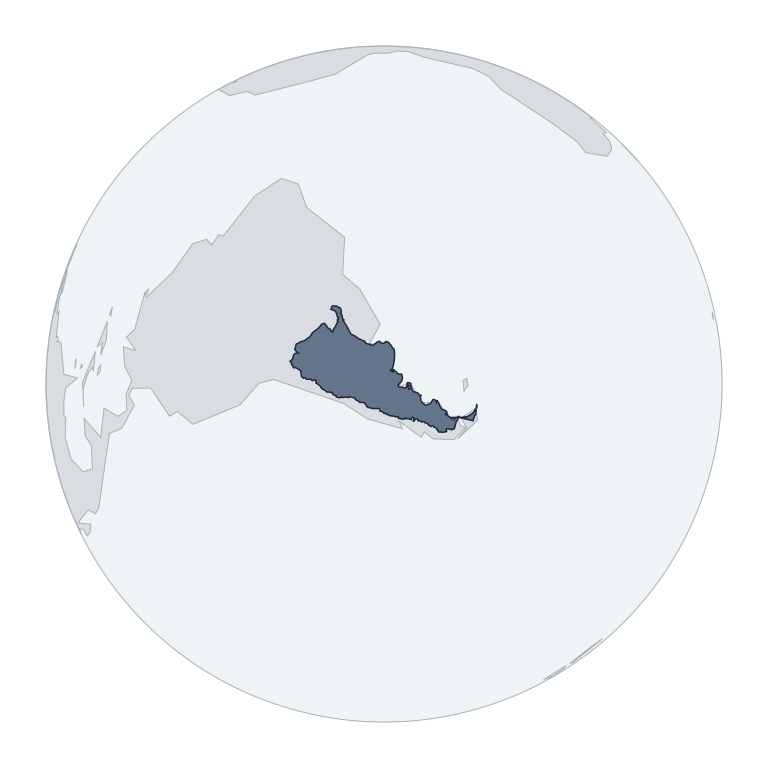 globe centered on Argentina, rotated 286°
{"feature_id": "ARG", "entity_name": "Argentina", "entity_type": "country or territory", "adm_level": 0, "iso_a3": "ARG", "parent_name": "South America", "parent_adm1": "", "projection": "orthographic", "projection_center": [-65.46, -38.417], "detail": "fine", "context": "on_globe", "style": "filled", "palette": "slate", "viewbox_px": 768, "rotation_deg": 286, "n_neighbors": 0, "source": "natural_earth", "source_scale": "50m", "svg_char_len": 9223}
<svg xmlns="http://www.w3.org/2000/svg" viewBox="0 0 768 768"><g transform="rotate(286 384 384)"><circle cx="384" cy="384" r="338" fill="#eef3f6" stroke="#a8b0b8"/><path d="M412.7,47.3L404.4,46.8L380.5,46.2L361.3,47.9L385.6,46.4L388.0,47.6L393.4,48.0L400.2,48.1L403.9,47.7L407.2,48.4L384.4,49.4L381.0,48.7L388.3,48.1L377.0,48.3L361.7,50.4L364.2,51.6L338.4,56.1L339.9,57.3L335.1,59.4L334.5,56.9L335.0,62.0L305.1,73.6L305.3,87.7L292.3,79.1L279.8,80.9L264.5,85.3L264.2,87.4L244.5,92.3L225.4,104.0L216.6,119.1L222.0,127.2L244.1,119.7L251.6,111.2L268.3,105.2L254.6,126.3L283.5,121.6L279.6,137.4L287.8,144.0L302.8,139.0L318.1,140.7L329.6,129.8L347.8,123.2L347.8,136.1L358.2,123.6L368.2,129.3L404.7,128.9L401.8,131.7L432.6,149.8L466.3,161.5L474.2,173.7L470.1,179.9L481.9,184.1L482.1,188.8L529.2,208.0L553.3,228.6L552.6,246.4L532.3,261.2L514.1,305.7L477.8,314.1L468.6,334.5L440.3,363.9L418.3,358.8L424.7,377.0L412.6,386.8L398.3,386.7L396.1,399.6L385.5,399.6L392.7,408.5L376.4,426.0L381.9,441.0L370.3,456.3L374.3,465.5L369.6,465.3L364.9,469.1L364.7,474.4L349.9,466.6L344.7,446.3L349.2,435.7L343.0,434.6L352.5,408.6L346.0,414.2L345.9,378.2L354.3,349.7L357.9,276.5L350.3,263.7L324.1,251.2L292.6,211.4L300.6,193.0L293.9,186.6L315.8,161.0L310.4,143.0L302.7,141.7L294.8,149.9L269.1,144.2L260.7,133.7L186.3,143.9L179.7,142.5L181.4,134.4L166.2,128.1L168.3,140.9L160.6,142.5L156.2,140.4L161.0,135.7L161.3,130.9L155.7,134.9L156.6,134.0L175.9,117.7L196.4,102.9L218.0,89.7L240.4,78.1L263.7,68.2L287.6,60.1L312.1,53.8L337.0,49.4L362.2,46.8L387.4,46.1L412.7,47.3ZM302.7,93.7L336.0,97.5L316.3,101.1L320.2,98.9L311.9,96.5L296.3,96.1L279.3,101.6L302.7,93.7ZM319.3,82.1L313.5,82.4L319.3,81.5L319.3,82.1ZM375.0,484.0L351.4,469.8L364.5,475.8L372.6,467.2L385.4,478.7L375.0,484.0ZM399.5,462.9L409.5,459.1L412.2,462.0L405.9,465.2L399.5,462.9ZM697.2,510.9L696.9,508.8L686.8,528.5L685.4,525.4L678.7,535.0L671.9,538.2L664.3,535.6L662.1,513.9L669.9,503.3L680.9,474.3L699.5,415.1L708.5,400.4L711.7,382.7L709.2,332.2L710.3,316.4L707.6,304.2L703.3,297.4L699.2,283.0L695.8,277.5L668.1,251.4L654.6,229.1L626.2,180.4L627.5,171.6L618.8,156.2L621.4,143.5L638.4,161.6L654.1,180.9L668.3,201.3L680.9,222.7L692.0,244.9L701.4,267.9L709.0,291.6L714.9,315.7L719.1,340.2L721.4,365.0L721.9,389.8L720.5,414.6L717.4,439.3L712.4,463.6L705.7,487.5L697.2,510.9ZM631.6,155.5L634.4,159.2L634.4,159.3L631.6,155.5ZM405.9,128.7L410.2,131.5L404.4,131.3L405.9,128.7ZM313.2,105.9L320.4,105.1L324.1,106.4L318.5,107.7L313.2,105.9ZM374.8,100.9L383.3,101.7L374.3,102.7L374.8,100.9ZM341.3,98.2L368.0,100.7L350.7,104.9L333.8,103.8L345.7,101.8L341.3,98.2ZM315.1,87.8L319.6,87.8L318.0,89.7L315.1,87.8ZM323.5,81.5L321.8,81.9L319.7,80.9L323.5,81.5ZM389.4,47.5L391.3,47.5L398.0,47.7L394.6,47.8L389.4,47.5ZM418.5,47.8L416.8,47.8L429.3,49.4L433.8,50.7L428.2,49.5L424.3,49.4L407.8,47.6L417.7,47.8L418.5,47.8ZM388.9,46.3L398.1,46.7L387.6,46.2L388.9,46.3ZM543.6,679.8L536.5,683.2L540.4,680.7L543.6,679.8ZM668.7,566.0L672.7,559.4L680.6,545.9L668.7,566.0ZM168.6,642.6L166.4,639.4L176.1,646.5L188.9,655.7L199.4,664.3L168.6,642.6ZM159.9,635.2L151.1,627.8L146.5,624.3L149.1,625.7L143.7,618.8L163.9,636.8L159.9,635.2Z" fill="#d9dde1" stroke="#a8b0b8" stroke-width="1"/><path d="M423.9,337.3L422.4,339.6L422.6,340.3L422.6,341.2L422.1,341.8L422.2,342.6L422.1,343.1L421.1,344.8L421.4,345.5L421.1,346.4L420.3,347.2L420.3,348.8L420.5,349.1L419.9,350.9L420.0,353.3L419.5,353.9L418.9,353.9L418.7,354.1L417.9,357.3L418.4,360.4L417.7,361.0L417.9,362.0L418.7,363.3L422.1,365.6L423.2,366.7L423.7,367.8L423.7,368.6L422.7,369.8L422.5,370.9L422.9,372.3L423.7,373.3L424.3,373.7L425.2,373.7L425.3,374.0L425.4,376.1L425.3,376.7L425.0,377.3L423.1,380.1L421.5,381.7L420.9,382.6L420.6,383.6L420.1,384.1L417.5,385.4L413.6,386.5L409.8,387.3L403.9,387.9L401.7,387.8L400.6,387.5L399.6,387.2L399.0,386.6L398.4,386.5L398.2,386.8L398.5,387.6L398.3,388.6L398.4,389.1L399.5,389.9L398.9,389.9L399.4,390.4L399.1,392.6L398.4,393.0L397.8,394.7L397.6,395.7L397.8,396.3L398.4,397.6L398.1,398.4L397.7,398.8L395.1,400.0L392.2,400.2L391.5,400.2L388.8,398.8L386.7,398.1L386.9,397.8L386.6,397.7L385.7,398.1L385.5,398.5L385.4,399.9L385.9,402.6L386.0,403.6L385.8,404.9L386.1,405.7L387.7,406.7L388.0,406.6L387.9,407.2L387.9,407.6L388.5,407.7L389.9,407.5L390.1,406.7L389.3,406.6L389.4,406.4L391.3,405.9L391.8,406.3L392.0,406.9L392.1,407.6L392.0,409.3L391.6,409.9L390.2,410.3L389.7,410.2L388.9,408.5L388.2,408.2L387.5,408.3L386.8,408.9L386.1,409.0L385.9,409.6L387.6,410.5L388.9,410.8L388.4,411.4L386.7,412.1L384.9,414.4L384.7,415.6L384.9,417.2L384.6,417.8L384.8,418.5L384.4,419.7L383.2,420.8L383.0,421.5L383.4,422.0L383.3,422.8L381.0,422.5L379.3,423.8L377.9,424.3L376.6,426.2L375.2,429.0L375.3,430.3L375.7,431.3L378.7,434.5L381.8,435.0L382.4,435.3L382.9,436.4L382.7,437.7L382.3,438.5L381.0,439.3L382.1,439.3L382.4,439.4L382.6,439.9L382.2,440.1L380.3,442.3L377.9,444.0L376.2,445.9L375.4,447.6L375.5,448.1L375.2,451.1L374.7,451.9L373.4,452.6L372.5,451.9L371.8,450.6L371.9,451.3L371.9,451.7L370.7,452.1L372.1,452.1L372.8,452.9L370.9,454.3L370.4,455.5L370.3,457.1L369.5,458.1L370.1,457.9L370.7,459.6L370.9,460.4L370.8,461.0L369.3,461.3L370.4,461.7L370.9,461.5L371.2,461.8L373.4,465.3L373.3,465.6L373.2,465.2L370.4,464.4L369.4,464.5L367.7,463.8L360.4,464.0L360.4,463.5L359.2,462.5L358.6,461.7L358.8,460.3L358.8,459.8L358.4,459.1L358.7,458.7L358.7,458.0L358.4,456.7L357.7,456.4L357.3,456.6L356.4,456.7L355.6,457.4L355.4,457.3L354.6,455.2L353.7,453.9L353.5,452.7L353.6,452.0L353.1,450.8L353.1,450.1L353.3,449.7L353.3,449.2L354.6,449.0L354.5,448.4L354.8,447.3L355.9,446.6L356.3,445.9L356.3,445.2L356.1,444.4L356.5,443.7L357.0,443.4L357.2,442.6L357.0,441.9L356.7,441.4L356.2,441.2L356.2,440.6L356.7,438.8L356.6,438.3L357.5,437.4L357.7,436.8L358.2,436.5L357.9,435.4L357.9,434.4L358.8,433.2L358.4,431.3L357.8,430.4L358.6,429.7L358.7,429.2L358.2,428.5L358.1,427.0L358.3,426.7L359.1,426.6L359.1,426.1L359.6,425.5L359.6,424.9L358.4,423.5L356.6,423.2L356.4,422.4L359.7,422.1L360.1,420.9L360.1,420.5L359.8,420.2L357.2,420.0L357.2,418.4L357.6,417.4L357.1,416.4L357.3,416.0L357.2,415.4L356.5,414.5L356.4,414.0L357.0,413.7L357.0,413.3L356.9,412.9L355.7,412.6L355.2,412.0L355.3,410.7L355.0,409.6L355.4,408.9L355.0,407.9L355.0,407.6L355.4,407.0L356.1,407.0L356.5,406.7L356.5,406.3L355.6,404.1L355.8,403.5L355.5,399.6L355.1,399.0L355.1,398.4L355.6,396.9L356.0,396.5L356.0,396.3L355.5,395.8L355.4,395.4L355.5,395.1L355.9,394.8L356.1,394.4L356.1,393.6L355.6,392.1L355.9,391.9L356.4,391.9L356.8,390.0L356.8,387.9L358.2,386.8L358.8,386.6L359.2,385.8L359.2,385.5L358.6,384.9L358.2,382.6L357.4,381.0L357.3,380.2L357.5,379.1L357.1,378.2L357.4,377.1L357.0,375.6L357.5,374.3L357.5,373.6L358.2,373.0L358.9,372.8L359.0,372.1L359.7,371.3L360.2,371.2L360.5,370.7L360.3,369.7L360.5,369.0L360.2,367.6L359.9,366.4L359.6,366.3L359.5,366.0L360.2,365.4L360.6,362.9L361.7,360.3L362.6,359.8L362.3,356.9L362.7,354.9L362.5,354.3L362.1,354.1L361.5,354.2L361.2,353.9L361.1,352.8L361.4,352.0L360.9,351.5L360.6,350.5L360.6,349.6L360.3,349.4L359.6,347.9L359.6,347.1L359.9,347.0L360.0,346.6L359.6,346.2L359.0,346.0L358.3,344.4L358.4,342.9L358.5,341.9L358.7,341.7L359.1,341.7L359.5,341.2L359.3,340.5L360.1,337.7L360.1,337.4L361.1,337.2L361.7,336.1L361.6,335.8L361.1,335.6L361.2,333.7L360.5,331.2L360.7,330.7L361.5,329.8L362.2,325.8L363.1,324.5L363.3,324.5L364.7,322.9L366.2,318.3L366.9,318.0L367.3,318.3L367.6,318.2L367.8,317.9L368.8,317.5L369.0,317.2L369.0,316.6L367.5,314.3L367.5,313.6L368.4,312.5L367.3,308.7L367.6,307.2L368.4,306.4L367.9,305.4L367.4,304.9L367.7,303.7L369.0,302.3L373.8,300.2L375.6,294.2L374.6,293.2L375.3,292.3L375.4,291.7L376.7,290.9L377.2,289.8L379.1,289.2L379.8,287.4L380.5,287.6L382.3,289.1L386.6,289.1L388.7,289.8L390.2,293.2L390.5,292.0L392.4,288.7L398.3,288.7L399.5,290.4L400.8,291.3L401.7,292.3L403.2,294.9L405.4,296.9L407.0,297.9L407.6,298.5L407.9,299.0L410.7,300.4L412.8,300.8L413.9,301.3L417.6,304.2L420.0,305.7L421.1,306.1L421.8,306.8L423.0,307.0L424.0,307.5L424.7,308.1L425.5,309.2L425.8,309.7L425.8,310.4L424.8,311.3L424.0,313.0L422.8,313.9L422.2,315.0L422.2,316.5L421.4,317.5L421.5,317.7L420.8,318.1L419.8,319.2L419.7,319.6L419.8,320.3L422.1,320.2L427.5,321.8L428.3,321.7L429.6,322.1L430.2,322.0L431.0,322.6L431.3,322.6L432.5,321.4L433.6,321.6L434.4,322.2L434.8,322.2L435.2,321.9L435.7,320.8L436.5,320.0L438.0,319.7L439.1,318.5L439.7,318.3L440.7,316.4L441.3,312.3L442.2,312.7L443.8,312.3L445.1,313.3L445.3,315.0L445.9,317.0L445.7,317.3L445.2,319.6L445.3,320.3L444.6,321.6L443.1,322.3L442.9,322.2L441.9,323.1L440.7,323.1L440.1,323.4L439.3,323.5L438.8,324.4L438.1,324.6L437.7,325.2L437.0,325.3L435.7,326.2L434.4,326.7L434.2,327.0L434.5,327.3L434.5,327.8L433.4,327.6L433.3,328.0L431.5,329.6L430.6,331.0L429.2,332.1L427.5,334.2L426.0,335.1L425.0,336.5L423.9,337.3ZM373.2,479.8L372.7,467.3L373.8,468.7L374.2,469.7L373.8,469.4L373.5,469.6L373.2,470.3L373.3,470.7L374.5,471.0L375.1,472.4L377.7,475.1L381.3,477.8L383.0,478.5L384.3,478.4L385.0,478.6L384.4,479.8L384.0,480.0L382.3,480.0L380.4,480.6L378.3,479.9L374.6,479.6L373.2,479.8ZM387.1,478.9L387.5,479.0L389.6,478.9L389.5,479.2L389.1,479.4L387.9,479.3L386.8,479.9L386.4,479.5L387.1,478.9ZM400.4,388.8L400.4,389.1L400.2,389.1L399.6,388.7L399.4,388.2L400.4,388.8Z" fill="#64748b" stroke="#1e293b" stroke-width="1.5"/></g></svg>